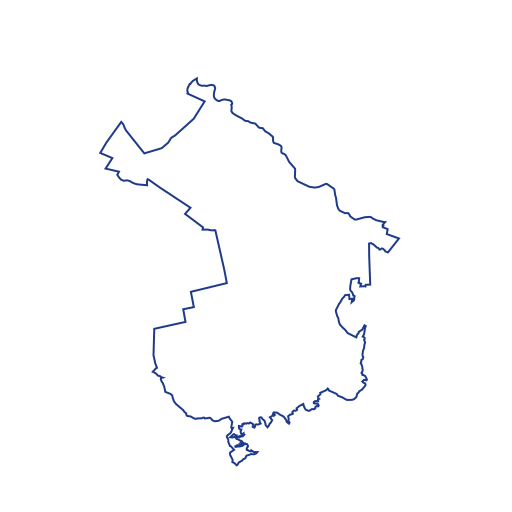 Valea Calugareasca, Prahova, Romania, rotated 158°
{"feature_id": "2599482B81311805596986", "entity_name": "Valea Calugareasca", "entity_type": "district", "adm_level": 2, "iso_a3": "ROU", "parent_name": "Romania", "parent_adm1": "Prahova", "projection": "equal_earth", "projection_center": [26.171, 44.946], "detail": "fine", "context": "isolated", "style": "outline", "palette": "blue", "viewbox_px": 512, "rotation_deg": 158, "n_neighbors": 0, "source": "geoboundaries", "source_scale": "gbopen_adm2", "svg_char_len": 6003}
<svg xmlns="http://www.w3.org/2000/svg" viewBox="0 0 512 512"><g transform="rotate(158 256 256)"><path d="M244.3,442.8L248.9,442.0L252.0,440.6L252.5,440.0L253.1,440.3L256.6,437.1L257.9,434.7L257.9,432.9L258.7,432.3L245.7,418.6L262.3,406.6L285.8,398.1L290.4,397.3L294.9,394.0L303.0,391.3L321.1,393.0L329.5,421.2L329.8,424.2L329.7,427.8L330.7,430.8L352.1,417.3L361.8,409.9L352.5,400.6L362.7,393.4L351.5,385.5L354.2,383.2L353.5,380.0L352.6,377.5L350.6,375.4L346.9,374.3L344.7,372.5L343.3,370.5L341.4,368.6L339.2,366.9L330.5,362.4L329.4,365.5L328.1,367.4L327.7,367.8L326.9,367.0L319.1,354.9L298.7,325.3L306.0,321.6L294.4,302.4L295.7,300.5L290.7,298.5L288.8,297.1L285.9,295.7L284.8,295.6L284.1,295.0L290.6,254.9L293.2,241.8L329.8,247.2L332.8,231.9L343.4,233.9L346.1,221.3L377.6,226.6L388.2,202.4L389.6,194.2L389.7,189.4L390.9,189.3L395.1,187.3L393.0,184.9L391.6,181.7L389.9,180.5L389.5,179.4L388.1,178.2L389.9,178.4L390.5,177.2L390.5,175.0L390.0,172.8L390.1,168.8L391.0,164.0L387.0,160.2L385.9,158.1L386.3,156.1L386.5,152.0L385.5,148.5L381.4,140.7L380.6,137.8L379.7,136.3L380.1,134.6L379.7,133.5L376.7,131.7L374.3,128.6L372.9,127.6L371.0,127.3L367.3,125.9L365.1,125.8L364.5,125.4L364.1,124.4L359.5,123.4L358.8,122.5L357.8,119.8L356.1,118.2L352.3,117.2L348.9,117.9L341.4,117.2L341.3,115.4L340.1,111.2L343.3,106.1L343.1,105.5L341.8,105.2L345.7,101.5L349.9,100.3L350.6,99.8L350.8,98.9L350.5,96.1L351.3,94.0L351.3,89.6L350.7,89.2L348.9,84.5L353.6,83.5L354.0,83.0L354.5,81.2L354.0,75.9L355.1,73.7L353.6,72.2L352.4,69.2L351.3,69.4L349.3,71.0L345.9,71.4L343.8,72.4L341.8,72.4L339.7,74.4L334.5,74.1L332.7,73.1L331.1,72.8L330.6,73.1L329.7,72.9L328.2,73.7L331.5,75.1L333.0,77.3L333.2,76.7L334.1,76.7L336.3,78.8L335.6,79.5L336.4,79.2L337.1,79.5L337.1,80.4L336.5,81.2L335.7,82.0L334.8,82.3L334.6,83.6L334.8,84.9L336.0,85.6L336.3,86.3L337.5,86.3L337.5,85.7L339.7,85.1L342.4,85.5L344.5,86.3L346.2,86.5L346.6,86.9L346.5,87.3L344.4,87.6L342.1,86.8L341.0,86.9L340.3,86.6L337.8,87.5L338.4,88.6L339.6,88.8L338.5,89.2L338.7,90.0L340.2,91.1L341.4,92.9L342.6,93.7L342.9,95.5L343.8,96.3L346.0,96.6L347.7,97.6L343.5,99.2L342.9,98.9L342.2,97.4L341.1,96.9L341.9,95.2L339.5,95.1L339.4,94.1L338.9,94.1L338.3,94.9L337.1,94.1L336.7,94.0L336.7,94.4L335.9,93.8L333.8,94.7L334.2,95.3L333.9,96.3L335.5,95.8L336.4,97.5L336.0,99.0L334.6,100.6L335.8,101.2L336.3,102.5L336.2,102.9L335.8,103.2L335.8,104.2L335.5,104.8L333.0,103.2L332.0,103.6L331.8,105.1L330.7,105.2L330.0,104.8L329.5,105.3L327.8,104.2L326.7,104.3L325.1,103.3L323.8,103.8L321.8,101.5L321.9,100.8L323.1,98.8L321.8,97.5L320.9,98.1L320.1,99.7L319.7,99.9L318.6,99.7L317.6,99.0L314.5,98.9L314.7,101.4L314.3,102.0L313.9,104.4L313.3,104.9L312.2,104.7L311.4,104.2L311.0,102.2L309.8,100.2L310.0,97.2L310.4,95.6L309.5,92.9L307.5,94.0L306.1,95.5L305.2,95.6L302.5,97.7L303.5,101.3L301.6,101.5L300.3,102.0L299.6,102.9L299.3,101.2L298.1,101.6L298.9,103.3L297.8,104.3L294.9,102.6L293.4,100.1L290.9,97.3L290.3,96.2L289.5,92.8L289.6,90.5L288.2,88.2L287.3,88.9L287.8,90.7L286.5,93.2L286.5,94.6L286.1,95.5L283.7,96.2L283.1,95.9L281.0,95.9L280.8,96.2L280.9,97.5L280.5,97.8L278.9,98.5L277.0,97.6L275.5,98.0L275.4,99.6L271.8,100.7L267.6,101.1L267.8,99.8L268.1,99.6L267.7,98.8L267.9,97.6L267.5,94.8L265.0,92.6L264.2,92.5L261.8,93.1L260.4,92.7L259.8,92.1L258.1,92.5L257.8,93.5L256.1,94.2L254.8,93.3L253.9,93.8L254.0,95.5L254.5,96.1L257.3,97.5L257.5,98.3L256.8,99.1L255.4,99.3L252.8,98.0L252.3,99.8L251.1,99.9L251.6,100.7L251.2,101.7L251.2,102.6L248.3,103.6L247.8,104.1L247.7,105.1L242.4,105.2L240.3,105.6L239.2,106.3L238.8,105.6L238.8,104.0L233.1,98.1L232.7,97.3L232.4,95.7L229.2,92.9L225.7,88.5L221.0,86.7L218.7,86.5L215.8,87.6L213.5,90.6L212.3,90.8L210.9,91.9L207.8,92.4L203.2,94.9L202.7,95.5L202.5,96.9L203.8,98.3L204.5,99.8L202.3,100.7L200.2,99.4L199.4,99.9L199.7,103.7L200.4,104.8L201.9,105.9L201.6,106.9L202.0,107.5L201.9,108.3L200.7,108.9L199.6,110.7L199.6,111.5L199.0,113.3L198.8,116.3L199.2,117.2L198.2,118.3L197.3,120.1L195.7,120.4L194.4,122.0L194.6,123.1L194.2,124.7L192.4,127.9L190.2,130.3L188.7,133.2L187.2,135.0L187.2,137.8L186.3,138.4L186.0,139.4L186.3,140.3L187.2,141.3L185.1,143.0L182.1,148.0L180.5,150.0L181.4,151.1L185.1,147.9L189.3,147.1L189.7,146.1L191.8,145.1L193.5,143.0L199.9,150.2L201.0,154.2L202.3,156.8L203.9,161.0L203.8,163.7L203.0,167.7L203.2,169.9L202.7,174.7L202.1,176.0L196.9,180.5L195.3,181.4L192.2,184.0L189.4,185.3L188.1,186.3L184.2,185.2L185.5,181.1L182.7,180.3L184.6,177.3L181.7,178.3L179.6,181.9L180.6,182.9L180.4,184.7L180.6,186.8L181.2,188.0L181.3,189.7L179.7,193.0L176.2,198.6L170.7,197.7L168.7,196.7L170.2,193.7L170.9,193.0L170.2,192.5L170.5,192.0L169.0,190.8L170.7,188.7L166.4,187.2L166.0,186.8L165.1,188.2L160.8,186.7L151.1,213.5L146.5,225.2L144.4,224.8L143.4,223.3L142.8,222.9L140.7,218.5L139.6,217.6L139.1,215.7L138.4,215.5L136.7,215.9L135.7,215.3L134.6,213.3L134.4,211.9L132.3,209.9L116.9,218.7L126.5,227.3L123.9,231.6L127.7,235.2L127.7,235.5L126.5,236.4L127.0,237.3L123.6,239.1L125.2,239.9L131.2,244.2L133.9,247.3L134.7,248.8L135.7,249.6L140.6,251.2L149.3,252.2L150.9,252.9L153.7,257.3L154.0,259.8L154.5,261.2L157.5,262.4L161.4,266.7L162.0,268.9L161.9,272.7L160.0,280.0L159.8,282.6L158.4,288.4L158.9,289.7L163.2,296.2L164.4,296.7L172.2,296.5L176.3,297.6L180.6,300.2L189.4,309.7L190.5,313.4L190.3,314.8L187.4,321.2L187.1,322.4L190.0,330.8L190.6,337.9L191.0,339.1L191.8,340.3L193.1,341.3L193.6,342.4L193.4,343.6L191.6,347.1L191.6,348.7L193.4,351.1L196.9,354.0L197.2,354.5L197.0,356.5L195.7,359.7L196.0,360.8L198.4,365.2L200.7,368.1L201.9,372.0L204.2,373.2L205.3,374.2L207.0,379.0L211.0,381.6L212.6,383.8L215.5,385.5L217.4,388.7L221.6,393.6L223.6,396.4L224.4,398.1L224.5,399.7L222.7,403.2L222.3,405.5L221.6,405.6L220.8,406.6L220.9,408.8L222.4,410.4L226.6,413.0L229.0,413.5L232.2,413.4L233.7,414.7L234.6,416.1L235.3,417.7L235.2,420.1L233.8,423.0L230.9,427.0L230.9,429.3L231.6,430.3L232.9,431.2L235.2,431.8L238.2,432.1L239.5,433.1L242.2,434.0L244.2,435.5L245.2,437.0L245.4,438.8L245.0,441.1L244.3,442.8Z" fill="none" stroke="#1e3a8a" stroke-width="2"/></g></svg>